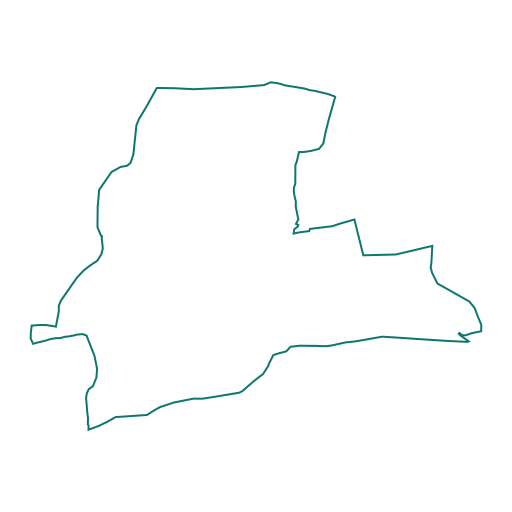 Manzala, Ad Daqahliyah, Egypt (Natural Earth projection)
{"feature_id": "37247803B21688775597596", "entity_name": "Manzala", "entity_type": "district", "adm_level": 2, "iso_a3": "EGY", "parent_name": "Egypt", "parent_adm1": "Ad Daqahliyah", "projection": "natural_earth1", "projection_center": [31.941, 31.153], "detail": "fine", "context": "isolated", "style": "outline", "palette": "teal", "viewbox_px": 512, "rotation_deg": 0, "n_neighbors": 0, "source": "geoboundaries", "source_scale": "gbopen_adm2", "svg_char_len": 2384}
<svg xmlns="http://www.w3.org/2000/svg" viewBox="0 0 512 512"><path d="M468.7,341.4L460.1,335.2L458.8,333.7L459.4,333.0L462.1,335.2L464.2,335.3L465.5,335.3L471.7,333.2L475.1,332.5L481.2,331.2L481.2,329.0L481.3,324.7L480.6,323.2L477.9,316.7L474.6,307.9L469.2,301.4L466.5,299.9L437.4,283.5L432.0,272.6L430.7,267.5L431.4,262.5L432.3,245.9L395.8,254.5L363.3,255.3L354.4,219.5L339.5,223.8L332.3,226.2L310.0,228.9L309.2,231.1L299.0,232.4L293.6,233.6L294.2,229.4L297.7,226.6L298.3,225.1L296.0,223.9L298.4,219.3L297.7,216.4L295.8,207.0L295.8,201.2L294.5,196.2L294.1,193.4L293.8,191.1L293.9,187.5L295.3,183.9L295.3,179.5L295.4,165.1L296.8,161.5L299.0,152.0L303.3,152.1L310.6,151.0L319.0,148.9L323.3,143.5L325.5,132.5L328.8,119.4L335.2,96.9L334.1,96.2L327.9,94.0L315.0,90.9L309.6,90.1L307.0,89.3L304.8,88.6L300.1,87.8L295.3,87.0L285.1,85.4L280.4,83.9L277.0,83.1L270.8,82.3L264.0,85.1L241.5,87.0L193.8,89.2L174.1,88.2L161.1,88.0L156.8,88.0L146.0,107.4L139.1,118.8L136.4,125.3L133.4,154.2L130.6,162.8L127.2,165.7L120.4,167.0L111.5,172.0L99.1,189.9L98.4,198.7L97.7,206.5L97.5,223.1L97.5,227.4L100.9,235.4L102.0,236.3L101.7,237.6L102.8,248.5L101.4,254.2L97.3,260.7L89.8,265.7L83.6,270.6L77.4,277.1L73.3,282.8L60.9,300.7L58.8,305.7L58.8,311.5L55.9,326.6L51.7,325.9L46.5,325.1L39.4,325.0L31.7,325.6L30.8,332.9L30.7,338.6L33.1,343.8L36.1,342.9L45.0,340.8L51.1,338.9L56.6,338.1L60.0,338.1L65.4,336.7L66.8,336.7L70.9,336.0L74.3,335.4L76.3,334.7L82.4,334.1L86.5,335.5L87.7,338.6L94.5,355.9L97.1,368.9L96.4,377.6L92.9,386.2L88.8,389.1L86.8,393.4L86.1,397.7L87.3,412.9L88.0,418.0L87.9,421.6L87.9,424.5L88.6,425.9L88.5,429.7L89.3,429.4L95.4,427.2L97.5,426.4L98.0,426.2L98.6,426.0L107.2,421.8L115.6,417.1L123.3,416.6L136.3,415.7L146.4,415.0L147.1,414.9L152.7,411.3L154.5,410.2L157.5,408.5L160.0,407.1L165.5,405.3L173.9,402.5L186.1,400.1L193.6,398.6L196.4,398.7L202.4,398.7L212.7,397.1L239.2,392.7L241.0,391.8L242.4,391.1L245.8,388.1L251.0,383.6L254.4,380.7L258.6,377.4L263.0,374.1L263.5,373.3L268.1,366.2L269.0,363.7L273.3,355.1L279.1,353.2L280.9,352.8L283.1,352.2L285.0,351.7L286.1,351.4L287.0,350.6L290.4,346.8L299.5,345.7L307.0,345.8L316.6,345.9L320.6,346.1L326.3,346.2L332.1,345.4L343.7,342.8L345.7,342.4L346.5,342.3L354.6,341.5L357.0,341.1L358.3,340.9L382.1,336.7L394.2,337.4L420.7,339.2L430.2,339.8L437.7,340.3L445.5,340.8L467.4,341.9L468.7,341.4Z" fill="none" stroke="#0f766e" stroke-width="2"/></svg>